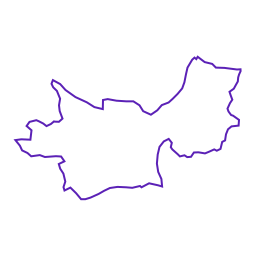 Paramytha, Limassol, Cyprus (Albers equal-area conic projection)
{"feature_id": "46923920B63427576461062", "entity_name": "Paramytha", "entity_type": "district", "adm_level": 2, "iso_a3": "CYP", "parent_name": "Cyprus", "parent_adm1": "Limassol", "projection": "albers", "projection_center": [32.975, 34.759], "detail": "fine", "context": "isolated", "style": "outline", "palette": "violet", "viewbox_px": 256, "rotation_deg": 0, "n_neighbors": 0, "source": "geoboundaries", "source_scale": "gbopen_adm2", "svg_char_len": 1627}
<svg xmlns="http://www.w3.org/2000/svg" viewBox="0 0 256 256"><path d="M194.5,57.6L192.2,59.7L187.5,67.6L186.0,74.2L184.4,82.3L182.2,88.4L177.6,93.9L172.6,98.9L168.6,102.5L161.8,105.1L157.3,110.3L150.9,114.7L143.2,111.2L139.5,105.3L133.3,101.3L125.8,101.3L116.5,100.7L107.7,99.1L103.0,100.0L102.8,109.1L94.4,107.1L86.8,102.3L75.5,97.1L65.5,90.0L60.2,84.1L52.9,80.1L51.5,83.8L53.2,87.3L56.9,90.9L60.1,98.7L59.0,105.3L59.7,111.1L62.5,118.6L58.9,121.8L54.0,121.6L53.9,121.5L50.9,124.0L46.5,126.1L43.2,123.5L38.7,121.2L36.3,120.2L29.5,121.9L26.6,126.0L31.5,130.3L30.4,139.7L21.3,139.3L15.4,140.1L19.9,145.7L22.1,150.4L27.5,153.0L31.2,156.3L39.8,155.1L44.9,157.0L55.9,156.2L61.1,156.5L64.4,161.3L58.8,164.0L60.2,168.7L63.4,173.6L65.3,181.6L63.5,187.1L64.5,190.5L70.4,187.6L76.1,193.2L81.1,199.2L84.7,199.2L85.3,199.2L90.5,197.6L98.7,193.9L104.1,190.8L109.9,188.0L117.5,186.9L126.2,187.3L132.3,187.8L140.0,186.0L141.5,187.3L149.1,183.3L158.1,185.3L162.1,186.5L161.4,179.0L158.2,171.9L156.9,163.6L157.7,154.6L159.5,146.9L163.8,141.4L168.7,138.9L171.8,142.8L170.8,147.2L172.3,149.4L177.8,154.3L179.9,156.4L184.5,155.3L187.2,157.1L191.0,156.8L193.9,152.5L198.4,152.3L205.0,153.4L208.9,151.8L214.2,149.4L216.8,150.7L220.5,148.9L222.2,141.9L225.1,140.4L225.1,140.2L226.0,134.3L228.0,129.3L231.5,126.4L238.6,125.6L239.0,119.9L233.1,115.7L231.1,115.0L228.5,111.5L227.5,108.6L230.0,103.1L232.3,99.7L230.6,95.1L229.5,91.8L233.8,88.7L236.1,84.5L237.8,81.5L238.2,77.4L239.1,74.4L240.6,71.1L240.5,69.3L237.0,69.5L224.4,67.9L215.9,67.6L212.2,63.9L204.7,62.1L197.7,56.8L196.3,59.1L194.5,57.6Z" fill="none" stroke="#5b21b6" stroke-width="2"/></svg>